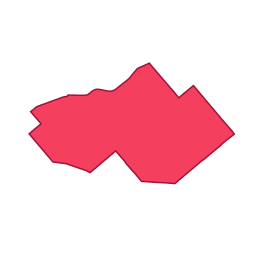 Glen Eira, Victoria, Australia (Mercator projection), rotated 311°
{"feature_id": "25037944B56718384218889", "entity_name": "Glen Eira", "entity_type": "district", "adm_level": 2, "iso_a3": "AUS", "parent_name": "Australia", "parent_adm1": "Victoria", "projection": "mercator", "projection_center": [145.042, -37.899], "detail": "fine", "context": "isolated", "style": "filled", "palette": "rose", "viewbox_px": 256, "rotation_deg": 311, "n_neighbors": 0, "source": "geoboundaries", "source_scale": "gbopen_adm2", "svg_char_len": 5185}
<svg xmlns="http://www.w3.org/2000/svg" viewBox="0 0 256 256"><g transform="rotate(311 128 128)"><path d="M116.8,199.9L117.9,200.1L118.7,200.2L120.2,200.4L121.1,200.5L121.9,200.6L124.5,201.0L125.7,201.2L126.3,201.3L128.6,201.6L131.4,202.1L131.7,202.1L132.3,202.2L134.0,202.5L135.2,202.7L136.8,202.9L137.8,203.1L138.5,203.2L140.4,203.5L141.9,203.7L142.4,203.8L143.4,203.9L145.7,204.3L146.3,204.4L147.2,204.5L151.5,205.2L152.0,205.3L153.7,205.8L154.7,206.0L156.2,206.3L156.5,206.3L158.2,206.6L159.1,206.7L160.6,206.9L162.4,207.2L163.2,207.3L167.8,208.1L168.6,208.2L169.9,208.4L171.8,208.7L174.1,209.2L174.7,209.3L176.6,209.4L178.4,209.5L178.9,209.6L179.1,209.6L182.0,210.1L182.9,210.2L185.8,210.8L188.1,211.3L188.4,211.4L191.1,211.9L193.2,212.2L193.3,211.5L193.3,211.4L193.5,210.2L193.6,209.8L193.7,208.9L193.8,208.6L194.0,208.6L194.6,204.1L195.3,199.2L195.4,198.7L195.5,197.8L195.7,196.7L195.7,196.1L196.0,194.4L196.1,193.7L196.2,192.7L196.4,191.3L196.5,190.9L196.8,189.2L197.0,187.5L197.3,185.8L197.6,184.1L197.8,182.4L198.2,180.5L198.6,177.3L199.0,174.6L199.1,173.9L199.2,173.4L199.4,172.3L199.5,171.8L199.7,170.2L200.0,168.1L200.4,166.0L200.7,164.2L201.0,162.0L201.1,161.2L201.6,158.4L201.7,157.9L201.7,157.4L202.0,155.6L202.1,155.0L202.3,153.6L202.4,153.4L202.6,151.6L202.7,151.0L202.9,150.2L202.9,149.5L197.8,148.7L196.9,148.5L195.1,148.2L193.4,148.0L192.5,147.8L191.2,147.6L190.7,147.5L189.4,147.3L188.8,147.2L187.5,147.0L186.9,147.0L185.9,146.8L184.1,146.5L184.7,143.0L184.8,142.4L185.1,140.7L185.2,140.1L185.6,137.4L185.6,137.1L185.8,136.1L186.0,134.5L186.0,134.3L186.1,133.7L186.3,132.5L186.4,131.7L186.6,130.7L186.8,128.8L186.9,128.4L187.3,125.8L187.7,122.6L187.8,122.3L188.1,120.4L188.1,120.0L188.3,118.5L188.5,117.2L188.6,116.9L188.8,115.8L188.8,115.3L188.8,115.1L189.1,113.6L189.2,112.4L189.4,111.3L189.7,109.2L190.0,107.3L190.3,105.2L190.6,103.5L190.6,103.3L190.7,103.1L190.9,101.5L189.8,101.0L189.0,100.7L187.9,100.2L187.1,99.8L185.1,98.9L183.9,98.3L183.3,98.0L181.9,97.4L180.7,96.8L180.4,96.7L180.1,96.6L179.9,96.5L179.6,96.4L179.4,96.3L179.1,96.3L178.8,96.2L178.4,96.1L177.9,96.1L177.1,96.1L176.3,96.1L175.5,96.1L172.8,96.2L170.4,96.2L169.5,96.2L168.5,96.3L167.9,96.3L166.5,96.3L166.1,96.3L165.8,96.3L165.4,96.2L165.0,96.2L164.6,96.2L163.9,96.0L162.7,95.8L161.8,95.6L160.9,95.5L160.7,95.4L159.0,95.1L158.9,95.1L157.9,94.9L156.9,94.7L154.6,94.3L152.6,93.9L150.6,93.6L149.5,93.4L149.1,93.3L148.5,93.1L148.1,93.0L147.8,92.9L147.5,92.7L147.2,92.6L146.7,92.4L146.4,92.2L146.1,92.0L145.8,91.8L145.5,91.6L145.2,91.4L144.8,91.1L144.6,90.8L144.3,90.6L144.1,90.4L143.9,90.2L143.7,90.0L143.5,89.7L143.3,89.4L143.0,89.0L142.6,88.4L141.8,87.0L141.3,86.2L139.8,83.6L139.4,82.8L139.0,82.3L138.5,81.4L138.0,80.6L137.8,80.3L137.6,80.0L137.4,79.7L137.1,79.5L136.8,79.1L136.4,78.7L136.0,78.4L135.6,78.1L134.8,77.7L132.3,76.8L131.7,76.7L130.7,76.5L130.0,76.4L129.6,76.3L129.2,76.3L128.7,76.2L127.0,75.8L126.6,75.7L125.1,74.6L124.8,74.3L124.0,73.5L123.5,73.0L123.4,72.8L121.8,71.0L121.7,71.0L120.7,69.8L120.2,69.2L119.6,68.5L118.6,67.2L117.9,66.4L117.0,65.3L114.9,62.8L113.8,61.4L113.7,61.3L113.6,61.2L113.4,61.1L113.2,61.1L112.9,61.1L112.7,61.1L112.4,61.3L112.2,61.3L111.9,61.3L111.7,61.2L110.7,60.3L110.6,60.2L109.8,59.5L108.7,58.7L108.4,58.5L108.3,58.4L108.1,58.3L106.9,57.6L106.5,57.4L105.8,57.0L105.5,56.9L104.6,56.4L103.9,56.0L102.7,55.4L102.1,55.0L101.2,54.5L99.5,53.6L97.9,52.7L96.4,51.8L96.2,51.7L93.5,50.3L93.3,50.1L91.6,49.2L90.5,48.6L89.2,47.8L87.4,46.9L85.4,45.8L84.4,45.2L81.7,44.7L81.3,44.6L80.2,44.5L78.6,44.2L76.5,43.8L76.3,45.0L76.2,45.6L76.1,46.3L76.0,47.0L75.9,47.5L75.9,47.8L75.8,48.4L75.7,48.9L75.7,49.4L75.6,49.7L75.4,51.4L75.2,52.4L75.1,53.1L74.9,54.5L74.7,56.1L74.4,57.8L74.4,58.0L74.3,58.6L74.2,59.6L71.5,59.2L70.3,59.0L68.3,58.7L67.3,58.5L66.5,58.4L65.6,58.2L64.7,58.1L63.2,57.9L61.7,57.6L61.4,57.6L58.7,57.2L58.5,58.8L58.2,60.3L58.2,60.5L58.0,62.0L57.9,62.4L57.7,63.7L57.2,67.2L56.9,68.7L56.6,70.7L56.3,72.6L56.2,73.7L56.1,74.4L55.9,75.5L55.8,76.0L55.6,77.4L55.6,77.7L55.3,79.6L55.2,80.4L55.0,81.1L54.9,82.2L54.8,82.6L54.6,83.8L54.3,86.2L54.2,86.7L54.2,87.0L53.8,89.3L53.7,90.0L53.6,90.8L53.5,91.2L53.1,93.7L53.6,94.4L53.8,94.7L54.9,96.4L56.1,98.1L57.1,99.6L57.5,100.3L58.9,102.3L60.2,104.3L60.4,104.6L60.5,104.7L61.6,107.5L61.9,108.4L62.5,109.7L64.4,114.5L64.8,115.4L65.9,118.2L66.2,118.8L66.4,119.5L66.7,120.1L68.2,123.9L68.7,125.2L68.9,126.1L68.9,126.4L69.3,128.5L70.9,128.9L71.6,129.0L73.0,129.2L74.8,129.5L75.1,129.6L77.2,129.9L79.3,130.2L80.8,130.4L81.8,130.6L84.9,131.0L85.4,131.1L87.3,131.4L88.4,131.6L88.8,131.6L91.1,132.0L93.0,132.3L94.8,132.5L95.3,132.6L97.1,132.9L98.3,133.1L102.6,133.7L102.1,137.1L102.0,138.3L101.9,139.0L101.8,139.4L101.7,140.1L101.4,142.1L101.2,143.9L100.9,145.7L100.7,147.3L100.5,148.6L100.4,148.8L100.2,148.9L100.1,149.0L99.8,150.7L99.7,151.4L99.7,151.9L99.5,153.0L99.4,154.0L99.1,155.8L98.9,157.4L98.7,159.0L98.5,160.6L98.5,160.8L98.0,164.6L97.8,165.5L97.6,167.2L97.3,168.8L96.7,172.7L96.6,173.3L99.9,177.5L100.3,178.0L100.6,178.5L104.0,183.0L104.6,183.9L106.3,186.1L109.2,189.7L109.6,190.3L110.8,191.7L111.8,193.0L112.3,193.6L112.9,194.5L113.9,195.8L116.8,199.9Z" fill="#f43f5e" stroke="#9f1239" stroke-width="1.5"/></g></svg>